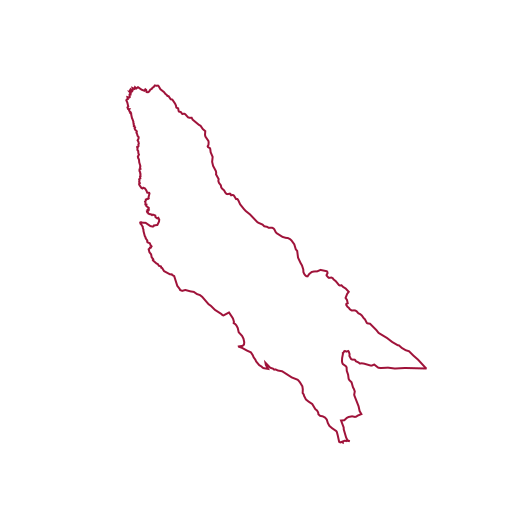 San Pedro de Pelileo, Tungurahua, Ecuador, rotated 330°
{"feature_id": "8360857B2847558667695", "entity_name": "San Pedro de Pelileo", "entity_type": "district", "adm_level": 2, "iso_a3": "ECU", "parent_name": "Ecuador", "parent_adm1": "Tungurahua", "projection": "equal_earth", "projection_center": [-78.53, -1.357], "detail": "fine", "context": "isolated", "style": "outline", "palette": "rose", "viewbox_px": 512, "rotation_deg": 330, "n_neighbors": 0, "source": "geoboundaries", "source_scale": "gbopen_adm2", "svg_char_len": 6072}
<svg xmlns="http://www.w3.org/2000/svg" viewBox="0 0 512 512"><g transform="rotate(330 256 256)"><path d="M165.6,199.5L166.0,202.1L165.0,205.0L165.4,207.2L165.3,207.7L164.6,207.9L164.6,208.4L166.1,212.8L166.9,213.8L167.0,215.9L168.5,217.6L168.1,218.8L168.7,219.5L168.8,223.1L172.3,228.8L173.9,229.8L173.9,230.5L175.1,232.5L172.9,242.5L173.4,246.1L173.3,247.6L174.7,249.3L177.8,250.1L181.6,253.9L184.2,256.0L185.8,259.4L187.9,261.8L189.0,264.5L190.8,274.0L192.0,276.6L193.5,282.1L197.0,288.9L197.4,290.4L198.1,291.2L204.4,291.4L204.8,297.8L204.7,299.2L204.0,301.9L203.1,303.0L204.0,304.6L204.3,306.3L204.2,309.2L202.9,313.4L204.0,318.3L203.8,321.4L202.7,324.8L201.3,326.7L199.4,327.1L195.9,325.7L195.8,326.0L198.0,328.6L200.9,333.4L203.4,336.9L203.6,340.3L203.3,342.6L203.6,345.4L203.4,347.4L204.2,352.1L205.5,354.5L205.9,356.0L206.5,356.9L210.0,359.8L210.1,355.1L210.8,353.2L212.4,359.8L214.5,362.2L214.9,363.5L216.2,364.0L217.7,366.1L221.0,368.9L226.3,379.1L230.2,384.0L230.5,385.0L230.9,387.4L231.0,392.0L229.9,394.8L227.9,398.0L228.1,399.8L227.7,401.0L227.5,405.2L228.7,408.3L230.7,412.3L230.8,418.3L231.6,420.3L231.6,422.6L230.9,424.3L231.6,426.5L233.6,428.2L235.0,430.4L235.5,433.0L234.7,436.6L234.6,439.8L235.8,443.2L238.0,447.8L238.0,448.9L237.1,452.2L235.1,458.5L235.8,459.6L237.0,459.7L237.9,461.0L238.5,460.0L240.7,460.4L241.6,461.4L242.2,461.3L244.6,463.3L243.1,461.3L243.3,458.2L245.3,450.0L246.2,448.3L247.4,441.0L250.3,442.4L253.7,441.6L255.7,441.7L259.1,442.9L261.2,444.8L262.3,445.2L264.5,445.1L268.2,445.6L268.2,442.1L269.7,437.4L271.4,426.2L271.7,425.2L273.8,422.7L274.3,420.1L274.3,418.3L275.6,413.1L274.8,410.3L274.8,408.7L276.4,404.9L277.2,400.8L278.8,397.7L278.7,396.3L277.2,393.0L277.3,391.6L277.9,390.0L279.6,387.4L282.3,384.3L282.7,383.4L283.7,383.3L284.7,382.6L285.5,382.7L286.5,384.0L288.4,384.4L288.5,385.2L288.0,387.7L286.9,389.3L286.8,392.7L287.5,393.8L289.6,395.1L289.9,395.9L289.8,397.0L291.5,399.4L292.2,401.1L293.8,401.7L295.7,403.2L300.5,408.2L301.5,408.8L304.1,409.1L305.9,413.6L306.3,414.1L308.0,415.4L314.5,418.7L320.0,422.9L329.1,427.5L347.4,438.7L347.0,438.0L344.5,426.8L342.5,420.9L340.9,415.0L338.5,412.4L336.3,408.5L335.1,404.9L334.1,404.1L330.9,398.5L328.5,392.6L323.7,383.9L323.2,380.4L320.9,371.7L318.8,370.0L318.5,369.3L318.7,365.3L318.2,363.8L317.9,360.4L317.2,358.5L316.0,356.8L315.5,354.2L315.0,353.3L314.4,352.5L311.6,351.0L310.6,349.0L310.5,347.5L309.8,345.6L309.7,343.4L310.4,342.6L311.8,342.8L312.8,339.6L312.6,337.1L316.0,334.4L318.4,333.4L317.4,329.0L315.9,326.2L315.4,324.1L314.0,323.6L313.3,322.7L312.5,317.7L311.4,314.9L311.4,313.8L310.6,312.4L308.2,311.4L307.9,310.8L307.4,308.4L307.5,307.8L309.4,306.6L309.8,305.5L309.7,304.6L304.9,300.3L301.3,299.9L298.5,298.4L296.2,297.7L293.1,298.2L290.5,299.4L289.5,298.7L289.0,297.4L288.8,295.6L289.0,293.7L290.2,291.3L291.1,287.2L291.1,284.3L291.6,278.4L294.2,272.2L293.8,270.1L295.0,265.0L294.5,260.3L293.9,258.4L292.6,256.4L290.9,255.2L288.5,252.7L285.3,246.6L285.0,245.1L285.2,242.0L284.9,240.8L284.1,239.6L281.1,237.9L280.1,236.2L278.0,234.4L277.4,232.1L274.6,228.3L274.0,227.0L271.6,217.0L269.6,211.9L269.0,209.3L268.1,203.3L268.5,199.1L268.4,197.4L267.2,196.7L267.1,192.9L266.9,192.1L266.0,191.3L264.8,191.0L264.6,189.9L264.9,189.4L264.6,188.9L262.5,188.3L261.5,187.5L261.1,185.6L261.2,183.3L260.3,180.6L260.2,179.2L260.9,177.2L260.5,174.1L260.9,172.2L262.1,170.7L262.2,165.3L263.1,164.1L263.7,162.4L263.9,156.5L265.1,152.5L268.0,148.5L268.6,143.5L269.9,140.4L270.0,139.5L268.9,137.7L269.0,136.8L270.4,136.0L271.8,133.9L272.3,132.6L271.9,127.3L272.4,125.6L274.5,122.5L273.4,119.5L273.1,115.5L272.1,113.8L269.3,106.2L269.4,104.1L267.7,103.2L266.5,102.0L265.6,97.8L264.9,96.8L263.2,96.2L262.8,93.6L261.6,92.6L261.5,91.7L262.4,89.2L261.3,87.8L261.3,87.3L261.9,85.8L262.1,83.6L261.8,79.4L261.7,78.7L260.5,77.6L260.2,73.8L259.3,73.2L259.2,71.7L258.6,70.5L258.3,68.1L256.6,63.8L256.6,60.3L256.3,59.4L254.9,58.8L253.6,57.7L251.9,58.5L250.5,58.5L249.4,59.1L247.6,59.1L245.8,60.1L244.5,60.2L243.6,59.7L243.2,59.3L243.9,57.3L243.5,56.3L242.0,57.1L240.1,54.8L238.2,50.8L235.8,51.1L235.5,50.8L235.8,50.0L235.6,49.3L234.2,50.4L233.0,48.7L232.4,50.4L231.8,51.0L230.8,50.7L230.6,49.0L229.6,49.6L230.4,50.6L230.5,51.5L229.5,51.5L228.6,50.7L228.9,52.4L228.2,53.3L227.6,52.7L227.2,52.9L226.1,55.3L225.4,55.4L224.1,54.1L223.5,56.0L222.1,55.9L221.5,56.4L221.3,58.7L220.1,62.7L219.0,63.0L218.7,64.7L219.8,65.5L219.0,65.9L218.8,67.2L219.3,68.7L219.3,69.1L218.6,69.2L219.0,70.6L218.6,71.2L217.5,74.7L217.5,75.5L216.9,78.6L216.3,79.4L216.3,80.4L215.6,81.2L215.7,82.4L215.1,82.7L215.6,84.2L214.6,84.9L214.5,86.4L215.1,88.2L214.9,88.9L214.1,89.4L214.0,91.0L213.5,92.7L213.8,94.4L212.9,95.7L211.3,96.6L211.3,98.2L210.7,100.1L209.7,100.8L209.3,102.0L208.1,102.6L207.6,102.2L207.4,102.5L207.1,103.8L206.3,104.8L206.5,106.1L205.5,108.2L205.3,109.7L203.5,110.7L203.5,111.3L202.9,111.9L203.0,112.9L202.7,114.4L201.7,116.5L200.8,120.4L200.0,121.0L199.5,122.8L198.6,122.6L198.0,123.3L197.5,124.5L197.6,125.5L197.1,126.2L197.0,127.3L196.2,128.0L196.0,129.1L195.2,129.3L194.6,131.0L193.4,131.0L193.0,131.4L192.7,132.6L191.8,133.4L191.9,134.8L190.7,135.2L190.5,136.5L190.8,139.9L191.5,140.8L192.5,140.5L193.6,141.9L193.8,144.3L193.5,146.8L195.1,147.9L195.0,148.6L192.3,151.4L191.9,152.5L191.0,152.6L190.3,152.1L189.8,152.3L188.8,152.0L188.2,153.0L187.1,153.4L187.0,154.5L186.0,156.0L186.8,156.7L186.1,157.4L186.0,158.0L187.2,160.7L186.8,161.3L185.5,161.7L186.1,162.6L185.4,163.0L183.9,162.7L183.7,163.3L183.7,164.2L184.1,164.7L184.0,165.5L185.2,167.0L185.8,167.2L186.4,168.6L187.1,168.5L187.8,169.0L189.0,170.6L188.4,172.1L189.3,174.1L190.5,174.1L190.4,176.1L189.2,177.7L186.1,179.8L182.8,178.5L182.2,179.0L181.4,179.0L179.5,177.3L177.0,172.1L174.2,170.3L173.3,169.2L172.5,169.1L172.1,170.2L172.5,171.7L172.4,172.8L172.6,173.9L172.0,175.1L171.6,177.2L171.1,177.9L169.9,182.2L169.6,183.5L169.7,184.7L169.3,185.6L169.6,188.2L168.9,189.3L168.9,189.9L170.4,191.9L170.1,193.9L170.4,195.4L169.0,196.2L168.3,195.7L167.6,196.3L166.4,196.5L165.6,199.5Z" fill="none" stroke="#9f1239" stroke-width="2"/></g></svg>